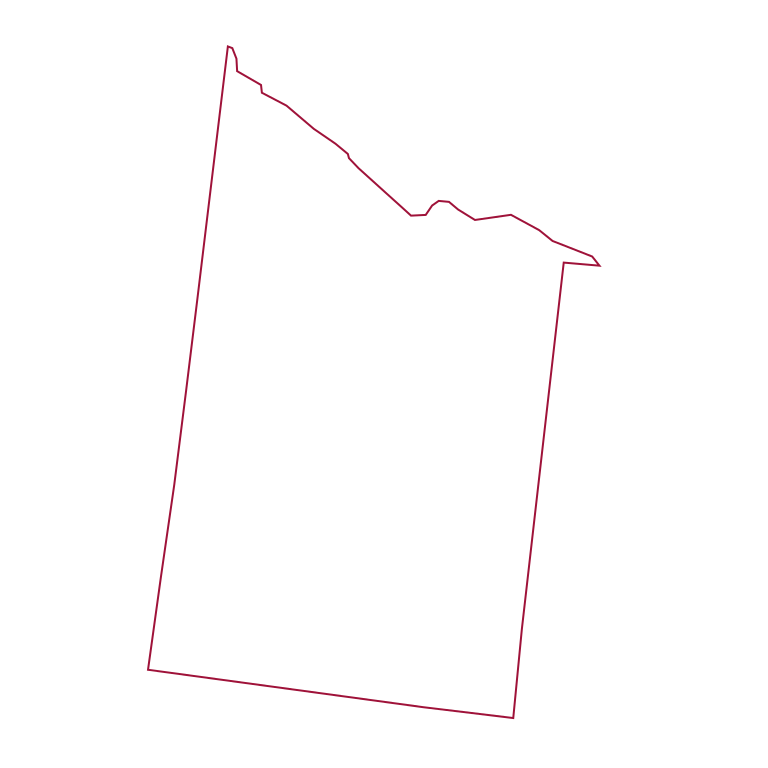 the district of Cheboygan, Michigan, United States of America, rotated 7°
{"feature_id": "52423323B47673888365114", "entity_name": "Cheboygan", "entity_type": "district", "adm_level": 2, "iso_a3": "USA", "parent_name": "United States of America", "parent_adm1": "Michigan", "projection": "albers", "projection_center": [-84.497, 45.493], "detail": "fine", "context": "isolated", "style": "outline", "palette": "rose", "viewbox_px": 768, "rotation_deg": 7, "n_neighbors": 0, "source": "geoboundaries", "source_scale": "gbopen_adm2", "svg_char_len": 604}
<svg xmlns="http://www.w3.org/2000/svg" viewBox="0 0 768 768"><g transform="rotate(7 384 384)"><path d="M583.4,240.3L575.1,232.1L533.9,221.5L519.3,212.4L489.4,200.6L454.3,210.1L436.3,201.8L426.3,195.3L416.0,195.6L410.0,201.0L404.9,210.9L404.8,211.1L390.3,213.6L380.0,206.3L363.0,194.4L332.4,172.9L321.7,164.1L320.1,160.1L306.5,151.4L283.2,139.3L253.3,119.6L227.3,109.8L225.5,102.2L200.1,91.4L197.9,79.1L192.5,69.1L187.9,68.0L188.4,322.1L188.4,415.0L188.1,509.6L186.1,602.6L184.6,696.4L462.4,700.0L553.0,699.8L550.7,610.4L547.6,241.6L583.4,240.3Z" fill="none" stroke="#9f1239" stroke-width="2"/></g></svg>